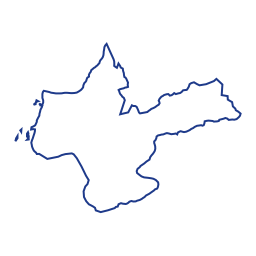 Bacuri, Maranhão, Brazil
{"feature_id": "56859067B92290832545196", "entity_name": "Bacuri", "entity_type": "district", "adm_level": 2, "iso_a3": "BRA", "parent_name": "Brazil", "parent_adm1": "Maranhão", "projection": "mercator", "projection_center": [-45.171, -1.677], "detail": "fine", "context": "isolated", "style": "outline", "palette": "blue", "viewbox_px": 256, "rotation_deg": 0, "n_neighbors": 0, "source": "geoboundaries", "source_scale": "gbopen_adm2", "svg_char_len": 4075}
<svg xmlns="http://www.w3.org/2000/svg" viewBox="0 0 256 256"><path d="M106.6,43.9L105.2,45.5L104.4,47.2L104.2,49.0L103.7,51.7L103.6,53.7L103.4,55.3L102.7,57.3L101.9,58.5L100.2,60.5L99.7,61.8L99.3,63.3L98.2,64.3L97.4,65.4L96.3,66.1L95.2,67.2L93.8,68.0L92.7,69.0L91.3,70.1L90.7,71.9L89.6,73.3L88.9,74.9L89.0,76.6L87.3,77.7L86.6,79.4L86.3,80.7L85.6,81.8L84.3,83.1L83.4,85.3L83.1,87.4L82.1,88.7L81.0,89.9L79.3,91.1L78.0,91.9L76.7,92.6L74.4,93.0L72.6,93.1L70.6,93.1L66.9,92.8L64.9,92.8L63.4,93.0L61.9,93.3L59.8,93.4L57.8,93.4L55.9,93.4L53.3,93.0L51.1,92.7L49.2,92.0L47.4,91.6L45.1,91.1L43.8,90.8L42.9,92.0L42.4,94.0L42.4,96.4L42.4,97.9L43.2,100.4L43.2,102.5L42.7,103.9L41.7,105.0L42.1,106.6L41.2,108.4L40.5,109.7L40.1,111.6L39.5,113.7L39.3,115.7L38.1,117.8L36.8,120.4L36.8,121.8L36.2,123.2L35.2,125.3L33.4,126.4L31.5,127.2L31.1,129.5L33.2,129.1L35.0,129.4L34.9,131.2L34.5,133.0L33.7,135.4L33.1,137.3L32.6,138.8L32.0,140.2L31.3,142.7L31.8,145.0L32.0,146.4L32.7,148.3L33.8,150.6L35.0,151.8L36.0,152.6L36.8,154.0L39.2,153.9L47.3,158.9L50.9,158.2L58.3,156.7L61.7,155.1L65.4,154.1L71.8,153.4L73.7,154.3L76.8,158.2L81.5,166.5L84.3,172.2L86.0,175.7L88.7,180.1L87.5,184.1L85.3,186.5L83.6,191.3L84.0,197.0L86.2,201.2L88.9,204.3L90.9,205.3L93.1,206.5L95.0,207.8L95.8,210.4L100.7,212.1L107.9,210.3L114.7,208.1L115.9,206.9L117.7,206.6L118.6,204.2L121.0,203.2L122.9,203.7L125.8,204.0L127.2,203.5L128.4,202.7L129.4,201.7L131.4,201.0L133.3,201.5L135.7,201.4L137.1,200.7L139.7,200.0L141.8,198.9L143.0,198.0L144.6,197.0L146.0,195.5L147.9,194.5L149.4,193.7L151.3,192.3L153.9,190.5L155.1,189.3L157.1,188.6L157.7,187.5L158.1,186.1L158.4,184.3L158.1,182.3L155.8,180.0L153.5,178.8L151.4,178.3L147.9,177.8L144.1,177.4L141.5,176.4L139.5,174.9L137.1,173.0L136.7,171.1L137.6,168.8L139.7,167.2L140.5,166.0L144.2,163.5L146.5,161.5L149.5,159.6L150.2,157.2L151.4,155.5L153.0,153.7L154.2,151.9L154.8,150.8L155.3,148.8L155.2,146.4L154.7,144.5L154.2,143.0L154.2,141.4L155.4,140.2L156.3,138.3L156.6,136.5L158.1,135.4L160.1,135.0L161.4,134.6L163.3,134.4L165.5,133.5L166.9,133.1L168.9,133.5L171.3,134.2L173.8,133.9L175.8,133.5L177.2,134.4L177.9,132.5L179.4,131.7L180.7,131.2L182.3,131.7L184.0,132.1L186.2,131.7L187.6,131.1L189.7,130.1L191.3,128.9L193.1,128.1L194.7,126.9L197.0,125.8L199.2,125.5L201.2,125.2L202.4,125.7L203.7,125.2L204.4,123.4L204.7,121.3L206.8,120.8L208.6,120.6L212.7,121.0L213.9,121.6L215.3,121.5L217.0,121.4L218.8,121.0L219.3,119.8L223.6,118.7L225.4,118.0L227.3,118.6L228.7,119.9L232.4,119.5L234.3,119.7L236.6,119.1L238.9,117.1L240.0,115.7L240.6,113.6L238.2,111.6L235.8,110.2L235.3,108.6L232.9,106.4L232.1,102.1L229.6,100.7L227.8,99.6L227.6,96.1L221.7,95.1L222.4,84.5L216.4,78.9L213.9,81.1L206.1,84.2L199.5,85.3L197.0,84.1L194.0,82.3L191.3,83.1L189.6,84.2L188.8,86.7L187.5,88.9L186.7,89.9L185.5,90.0L183.1,90.3L181.7,91.9L180.2,93.0L178.2,93.4L175.8,94.1L174.2,93.1L172.9,94.3L171.6,95.2L169.8,95.6L168.4,94.1L166.9,94.2L165.1,94.7L163.8,95.2L162.8,96.0L161.5,96.6L160.4,97.8L159.5,98.9L158.7,100.7L159.3,101.9L159.6,103.2L158.7,104.7L156.9,105.8L155.2,107.1L153.3,108.1L151.3,108.9L150.0,110.0L148.6,110.9L147.4,112.0L144.9,112.5L140.0,113.4L139.0,112.5L138.3,110.6L137.6,108.9L136.6,106.8L135.1,106.0L133.2,106.0L131.9,105.3L128.2,112.4L121.8,113.9L120.2,114.3L124.8,100.2L123.8,97.8L122.3,96.7L121.5,95.4L120.4,94.3L119.7,92.9L119.2,91.2L118.6,90.0L119.8,89.3L121.5,88.8L123.7,88.3L125.1,87.6L126.4,87.4L128.0,86.9L127.7,84.7L128.0,82.6L127.0,80.4L126.2,78.6L125.5,77.6L124.4,77.0L124.0,75.1L123.8,73.0L123.3,71.6L123.0,70.3L122.8,68.6L120.7,67.5L120.2,66.1L118.5,63.5L117.6,66.0L116.9,67.8L115.8,67.1L114.2,65.9L114.3,64.0L114.2,61.4L113.6,59.3L106.6,43.9ZM28.6,138.0L28.5,136.6L28.2,135.1L28.4,133.4L28.0,132.2L27.0,133.7L27.0,136.6L28.6,138.0ZM17.5,138.2L17.5,136.0L16.1,138.3L15.4,141.2L17.5,138.2ZM35.7,102.9L36.8,101.6L38.2,101.2L36.5,100.3L35.7,102.9ZM41.7,105.0L39.3,103.5L40.4,105.4L41.7,105.0ZM35.7,102.9L33.6,104.7L35.6,104.2L35.7,102.9ZM21.4,129.4L20.3,130.4L21.2,131.8L21.4,129.4ZM28.6,138.0L27.1,139.7L28.5,139.5L28.6,138.0Z" fill="none" stroke="#1e3a8a" stroke-width="2"/></svg>